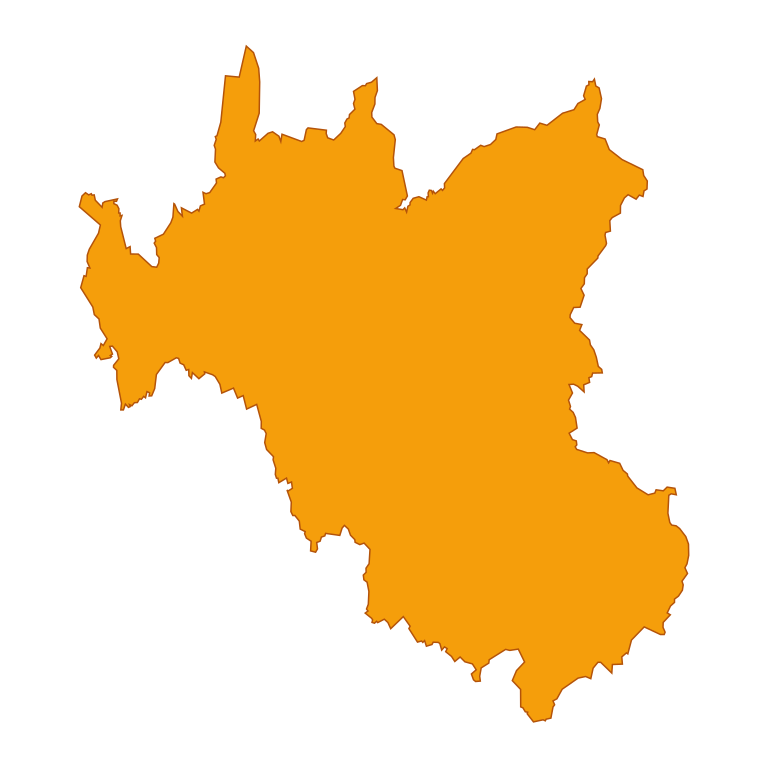 Zacatlán, Puebla, Mexico (Equal Earth projection)
{"feature_id": "50627088B88871832533986", "entity_name": "Zacatlán", "entity_type": "district", "adm_level": 2, "iso_a3": "MEX", "parent_name": "Mexico", "parent_adm1": "Puebla", "projection": "equal_earth", "projection_center": [-98.008, 19.961], "detail": "fine", "context": "isolated", "style": "filled", "palette": "amber", "viewbox_px": 768, "rotation_deg": 0, "n_neighbors": 0, "source": "geoboundaries", "source_scale": "gbopen_adm2", "svg_char_len": 6070}
<svg xmlns="http://www.w3.org/2000/svg" viewBox="0 0 768 768"><path d="M94.6,355.1L96.3,358.1L98.5,355.5L101.0,359.6L110.2,357.8L111.7,356.5L110.3,355.5L112.5,354.1L109.7,346.4L112.4,346.1L117.2,351.8L118.8,358.8L113.6,365.3L113.5,367.3L116.8,370.4L116.9,379.5L121.5,403.2L120.8,409.9L123.4,409.9L125.4,404.1L128.5,407.4L130.2,406.6L129.5,404.6L131.9,405.8L134.4,402.7L137.4,402.5L139.5,398.8L141.4,399.3L143.7,396.4L145.5,397.8L147.0,391.6L149.6,392.8L149.1,396.0L151.7,395.8L154.7,388.6L156.4,374.5L165.1,362.5L167.8,362.6L176.3,357.8L178.6,358.4L180.1,363.1L183.7,364.8L186.2,370.3L188.7,369.5L188.9,375.7L191.4,378.4L192.4,372.6L198.9,378.7L204.8,373.8L204.4,371.9L212.5,374.7L215.2,376.5L219.9,384.3L221.8,393.1L233.5,388.1L237.6,398.1L243.2,395.6L246.6,409.1L256.7,404.4L261.3,421.4L261.2,428.3L264.5,430.1L266.2,433.6L264.7,442.6L266.6,449.5L273.5,456.7L273.1,459.8L275.8,468.3L275.3,474.4L276.5,478.2L277.9,478.2L278.8,482.7L286.5,478.1L287.9,483.4L291.5,482.0L292.4,488.3L288.1,491.0L287.0,490.0L291.3,502.1L290.9,511.6L292.8,515.5L294.9,515.5L299.3,521.1L300.2,529.1L305.2,531.6L304.6,533.7L306.4,538.1L311.1,541.2L310.6,550.9L315.6,552.2L317.5,548.9L316.7,542.5L320.1,541.2L321.4,537.1L324.8,535.9L325.6,533.4L339.8,535.4L342.1,528.1L344.4,525.4L348.3,529.0L350.5,535.2L354.8,539.6L355.1,542.3L359.8,544.6L364.1,543.1L370.0,549.4L369.1,563.7L366.0,568.2L366.1,572.3L363.3,575.1L363.9,579.8L367.1,582.2L368.9,591.5L368.3,604.3L366.5,609.0L368.0,611.0L365.2,613.1L371.5,618.2L372.6,619.8L372.0,622.4L374.5,623.2L376.6,621.3L377.7,622.6L384.3,619.2L387.9,622.5L390.7,628.7L403.3,616.6L410.1,626.2L408.9,628.6L417.5,642.1L421.6,641.0L422.8,642.4L424.6,640.6L426.4,646.2L432.0,644.5L433.2,642.2L438.4,642.4L439.9,643.7L441.7,650.1L444.5,646.9L447.2,648.6L445.7,651.7L451.5,656.4L454.8,661.5L460.1,657.0L464.9,661.8L472.4,663.9L476.2,669.8L471.4,674.0L473.5,679.8L475.6,681.5L480.3,681.1L479.7,676.2L481.2,667.9L488.8,663.1L489.2,659.7L505.6,649.4L509.8,650.4L518.3,649.1L524.6,662.0L516.5,670.6L512.3,680.6L520.6,689.4L520.7,706.9L522.9,707.8L525.3,711.8L527.7,712.2L527.2,713.8L533.5,721.9L543.1,719.8L545.3,720.8L546.1,719.2L550.9,718.1L553.0,707.0L554.6,704.8L553.0,700.9L556.9,698.8L562.2,689.2L578.1,678.1L585.6,676.5L590.8,678.7L593.1,668.2L597.9,662.3L600.7,662.3L611.8,673.1L612.4,664.5L622.4,664.1L621.8,656.9L626.4,652.9L627.8,653.9L631.5,640.0L644.2,626.9L660.4,634.5L664.2,634.5L665.1,632.2L663.0,627.3L663.2,622.4L670.3,614.8L667.2,612.9L670.5,606.0L674.5,602.4L674.5,599.1L678.5,596.1L682.4,590.2L683.2,584.9L682.0,581.2L687.5,573.5L684.9,567.7L687.0,563.9L688.7,555.4L688.5,544.1L685.8,536.6L679.6,528.5L676.1,525.8L671.7,525.1L669.8,522.5L667.9,513.2L668.8,495.3L671.2,493.8L676.3,494.8L674.9,488.3L667.1,487.1L663.3,490.8L656.1,489.8L654.8,493.1L648.1,494.8L636.9,487.9L627.7,476.1L627.4,474.0L623.1,470.4L619.7,463.3L610.0,460.5L608.6,462.8L607.0,459.7L594.1,452.6L587.6,452.9L576.7,449.4L575.2,446.8L576.8,444.9L576.3,440.9L572.4,439.6L569.1,433.2L577.1,428.1L575.5,417.5L573.2,412.4L569.6,409.1L570.5,406.5L568.5,400.1L572.5,393.0L569.0,384.5L573.6,384.2L577.7,386.2L584.1,391.9L583.7,384.8L589.6,382.4L588.9,377.7L591.7,376.6L592.6,373.1L602.3,372.9L601.7,369.4L598.3,366.4L596.3,357.2L593.8,349.8L590.4,344.9L589.5,340.0L579.6,330.4L581.9,324.6L574.7,323.2L570.0,317.6L570.2,314.7L573.7,307.5L580.1,307.2L584.1,295.2L580.9,288.5L584.3,283.8L584.5,277.7L587.2,273.8L587.2,269.0L597.8,258.1L598.0,256.0L605.7,245.6L606.5,243.4L605.0,235.1L605.6,232.5L610.4,231.1L609.8,220.6L612.2,217.6L620.4,213.1L620.5,205.5L624.4,197.9L628.1,194.7L636.1,199.2L639.3,195.1L643.0,196.5L644.0,190.9L647.0,189.0L647.3,181.0L643.7,175.5L642.8,169.7L622.1,159.6L609.3,149.6L605.1,139.0L597.3,136.6L596.7,134.6L599.3,124.9L597.7,121.9L597.3,114.4L599.9,108.4L601.5,98.7L599.1,87.9L595.8,86.0L594.4,79.1L592.6,81.7L588.8,81.5L588.9,84.8L586.4,86.1L583.6,95.8L585.2,99.4L577.9,103.5L574.0,109.7L562.6,113.2L547.0,125.3L539.8,123.1L534.7,129.7L527.3,127.3L516.1,127.0L497.0,133.9L495.8,139.5L490.5,144.5L484.1,146.6L480.7,145.3L474.5,149.7L472.6,149.4L470.9,153.2L463.2,158.5L444.4,183.6L444.6,187.9L442.5,190.4L441.1,188.9L435.2,193.7L433.3,191.2L432.5,193.2L431.5,190.5L429.3,190.2L428.1,192.9L428.4,196.7L427.1,196.8L426.4,200.1L418.9,196.7L413.2,198.3L410.1,202.5L410.0,204.9L407.9,206.3L406.6,212.1L404.7,207.9L403.0,209.7L395.7,208.5L400.5,205.3L402.6,199.5L405.2,199.8L407.4,196.0L402.0,170.6L394.9,168.2L393.9,166.1L393.4,157.6L395.3,139.6L394.0,134.8L381.3,124.4L376.8,123.6L371.9,117.1L371.7,112.5L374.9,104.0L375.0,97.5L377.4,90.6L376.8,77.7L371.5,82.2L366.6,83.6L365.4,85.7L362.4,85.6L353.5,91.4L355.0,99.3L353.5,103.5L354.9,109.2L349.5,114.5L349.1,117.9L346.9,119.1L344.8,123.0L345.3,126.6L340.8,133.3L333.7,140.0L327.7,137.8L326.2,133.6L326.4,130.2L308.0,127.9L306.4,129.6L304.1,140.3L301.7,141.5L282.0,134.2L280.8,141.5L278.9,136.2L272.6,131.8L268.0,133.3L259.3,141.0L258.1,139.0L255.3,141.0L255.7,134.5L253.6,130.8L259.2,113.2L259.7,81.9L258.7,68.3L253.5,52.6L246.3,46.1L239.2,77.1L225.5,75.8L220.8,122.2L217.0,135.7L215.3,136.6L216.2,139.3L214.2,145.4L215.5,149.1L214.9,162.0L218.5,167.9L224.8,173.2L225.4,175.8L223.5,177.7L220.9,176.9L216.1,179.1L216.5,183.0L209.7,192.6L206.0,193.7L203.0,192.3L204.5,204.1L200.4,205.9L198.9,211.1L197.5,209.4L191.6,213.1L181.4,207.8L182.4,216.2L177.9,211.5L174.6,204.1L173.9,203.6L172.9,217.2L170.8,222.8L163.4,234.2L154.8,238.3L155.6,241.2L154.2,243.1L156.5,247.6L156.7,254.6L159.2,257.6L158.7,263.1L156.7,267.2L151.8,266.6L138.3,254.1L130.6,254.0L130.1,246.6L126.2,248.6L120.7,226.7L120.3,220.8L122.0,215.4L120.1,215.9L120.1,213.0L118.7,213.0L118.9,208.7L117.1,205.2L113.8,203.6L113.9,201.4L116.5,201.3L117.5,198.9L105.0,201.6L102.8,203.0L102.1,207.3L95.3,200.2L94.2,194.9L92.0,195.2L91.3,193.7L88.7,194.9L85.5,192.7L82.0,196.0L79.3,206.7L100.4,225.0L98.5,233.2L89.3,249.2L87.3,255.1L87.1,261.5L89.9,268.0L87.4,267.7L86.1,276.4L84.0,275.7L80.7,287.7L92.8,307.0L94.3,314.6L99.0,319.0L100.3,328.1L107.1,338.8L103.3,345.5L101.0,343.6L99.9,348.0L94.6,355.1Z" fill="#f59e0b" stroke="#b45309" stroke-width="1.5"/></svg>